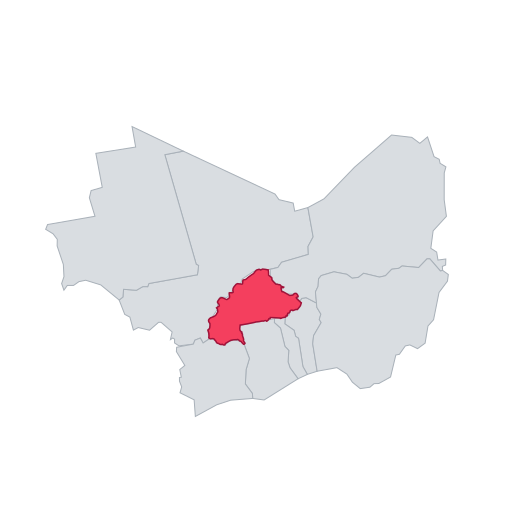 map of Burkina Faso with Mali, Mauritania, Benin and 5 others greyed out, rotated 350°
{"feature_id": "BFA", "entity_name": "Burkina Faso", "entity_type": "country or territory", "adm_level": 0, "iso_a3": "BFA", "parent_name": "Africa", "parent_adm1": "", "projection": "mercator", "projection_center": [-1.603, 12.251], "detail": "fine", "context": "with_neighbors", "style": "filled", "palette": "rose", "viewbox_px": 512, "rotation_deg": 350, "n_neighbors": 8, "source": "natural_earth", "source_scale": "50m", "svg_char_len": 6940}
<svg xmlns="http://www.w3.org/2000/svg" viewBox="0 0 512 512"><g transform="rotate(350 256 256)"><path d="M122.4,307.7L121.2,294.3L116.6,290.7L113.6,275.6L117.8,273.3L119.8,265.8L132.3,269.0L139.2,266.5L144.0,267.4L145.8,264.5L195.1,264.3L197.8,255.4L195.7,253.8L183.8,140.4L202.6,140.1L285.5,198.3L288.4,204.5L301.8,210.3L301.9,218.6L315.5,217.3L315.6,247.1L308.9,255.6L307.8,263.5L280.1,266.6L275.6,271.1L259.9,271.7L256.8,269.3L250.0,271.1L238.5,276.3L236.2,280.3L226.7,286.0L225.0,289.2L219.9,291.8L213.9,290.1L210.5,293.2L208.7,301.8L199.0,312.2L199.3,316.5L195.9,321.8L196.7,329.0L188.8,332.5L186.9,327.1L181.2,328.3L179.0,331.9L164.5,331.1L160.7,327.5L161.4,323.8L159.8,322.3L157.2,323.5L160.2,316.2L151.0,304.8L148.5,304.4L138.3,310.6L127.6,306.0L122.4,307.7Z" fill="#d9dde1" stroke="#a8b0b8" stroke-width="1"/><path d="M53.5,193.2L56.2,188.8L104.3,188.9L102.0,169.7L105.0,162.9L116.5,161.7L116.1,127.1L156.4,127.8L156.4,107.0L202.6,140.1L183.8,140.4L195.7,253.8L197.8,255.4L195.1,264.3L145.8,264.5L144.0,267.4L139.2,266.5L132.3,269.0L119.8,265.8L117.8,273.3L113.6,275.6L98.1,257.5L84.1,250.3L77.2,250.5L71.2,253.3L65.1,252.2L60.9,256.3L59.8,249.4L63.3,243.0L64.8,230.9L61.9,211.6L63.2,205.1L60.0,198.9L53.5,193.2Z" fill="#d9dde1" stroke="#a8b0b8" stroke-width="1"/><path d="M296.2,380.1L286.0,381.5L283.0,373.0L283.6,344.5L281.1,342.0L280.6,335.8L272.6,327.8L274.2,321.2L278.4,319.8L280.9,314.3L286.9,313.1L293.7,305.7L298.1,305.7L307.5,312.9L307.0,317.1L309.8,324.5L307.3,329.5L308.6,332.9L298.9,344.4L296.6,352.3L296.2,380.1Z" fill="#d9dde1" stroke="#a8b0b8" stroke-width="1"/><path d="M445.6,168.5L448.6,189.1L453.2,192.6L453.4,196.7L458.5,201.2L455.8,206.9L451.1,233.2L450.4,250.0L434.8,262.0L429.5,278.8L434.6,283.5L434.5,291.6L442.4,291.9L441.2,297.8L437.7,298.6L437.3,302.6L435.0,302.8L426.7,289.0L423.9,288.5L414.2,295.6L398.1,291.2L394.6,292.9L387.4,292.6L380.1,297.9L373.9,298.2L359.0,291.7L353.2,294.8L346.9,294.6L342.3,289.8L330.0,285.1L316.8,286.6L313.6,289.4L311.9,296.6L308.3,301.7L307.5,312.9L298.1,305.7L293.7,305.7L289.6,309.4L289.9,300.8L275.7,297.9L275.3,291.8L268.4,283.6L266.8,277.8L267.7,271.6L275.6,271.1L280.1,266.6L307.8,263.5L308.9,255.6L315.6,247.1L315.5,217.3L332.9,211.5L368.4,185.7L410.5,160.4L430.0,166.2L436.9,173.5L445.6,168.5Z" fill="#d9dde1" stroke="#a8b0b8" stroke-width="1"/><path d="M296.2,380.1L296.6,352.3L298.9,344.4L308.6,332.9L307.3,329.5L309.8,324.5L307.0,317.1L308.3,301.7L311.9,296.6L313.6,289.4L316.8,286.6L330.0,285.1L342.3,289.8L346.9,294.6L353.2,294.8L359.0,291.7L373.9,298.2L380.1,297.9L387.4,292.6L394.6,292.9L398.1,291.2L414.2,295.6L423.9,288.5L426.7,289.0L435.0,302.8L437.3,302.6L442.2,307.6L440.2,314.0L429.9,323.7L419.8,349.6L413.2,354.8L407.4,371.2L399.0,375.3L392.1,370.3L387.4,370.5L380.1,377.7L376.5,377.8L367.5,398.5L354.8,402.9L350.1,402.2L345.4,405.0L335.6,404.7L329.0,397.0L325.0,388.1L316.3,380.0L296.2,380.1Z" fill="#d9dde1" stroke="#a8b0b8" stroke-width="1"/><path d="M274.2,321.2L272.6,327.8L280.6,335.8L281.1,342.0L283.6,344.5L283.0,373.0L286.0,381.5L276.1,384.2L270.1,372.0L269.2,365.8L271.9,354.7L268.8,350.1L267.6,331.3L262.5,324.8L263.4,320.9L274.2,321.2Z" fill="#d9dde1" stroke="#a8b0b8" stroke-width="1"/><path d="M263.4,320.9L262.5,324.8L267.6,331.3L268.8,350.1L271.9,354.7L269.2,365.8L270.1,372.0L276.1,384.2L239.0,399.2L228.0,395.7L228.6,390.8L223.3,380.2L226.5,366.2L231.7,355.8L226.7,328.7L227.0,321.6L263.4,320.9Z" fill="#d9dde1" stroke="#a8b0b8" stroke-width="1"/><path d="M162.0,332.1L179.0,331.9L181.2,328.3L186.9,327.1L188.8,332.5L196.7,329.0L209.9,338.5L214.2,335.4L220.0,334.9L228.4,338.1L231.7,355.8L226.5,366.2L223.3,380.2L228.6,390.8L228.0,395.7L206.0,393.6L191.5,395.7L168.4,403.5L170.1,386.9L157.4,377.5L160.1,372.0L158.9,366.0L159.5,362.4L161.4,362.4L161.2,354.6L166.9,351.4L161.0,336.3L162.0,332.1Z" fill="#d9dde1" stroke="#a8b0b8" stroke-width="1"/><path d="M274.2,321.3L271.0,321.4L269.9,321.7L269.2,321.7L269.1,321.3L265.1,320.3L262.3,319.7L259.4,319.1L259.3,319.7L258.9,320.1L258.3,320.1L257.8,320.0L257.6,320.5L257.1,321.1L256.4,321.4L255.8,321.8L255.4,322.1L255.2,322.1L254.5,321.3L253.6,321.2L252.0,321.4L251.3,321.2L250.3,321.1L248.0,321.2L244.2,320.9L243.6,321.1L239.8,321.2L235.7,321.3L232.3,321.3L229.3,321.3L229.3,321.2L228.4,321.2L228.3,321.5L227.4,324.6L227.3,326.3L227.8,327.3L228.3,328.0L228.8,328.3L228.9,328.7L228.4,329.1L228.5,329.6L229.0,330.2L229.1,330.7L228.9,331.3L228.9,332.6L229.3,334.8L229.3,336.2L229.0,336.8L229.1,337.9L229.9,339.5L230.0,340.1L229.7,340.4L229.1,340.8L228.5,340.8L227.8,339.9L227.5,339.5L226.9,338.5L226.4,337.6L225.7,337.2L225.1,336.8L224.3,335.6L223.5,335.0L222.7,335.1L221.5,334.9L219.1,334.6L216.6,334.7L215.5,335.0L214.4,335.4L211.8,336.4L210.7,336.9L209.9,338.1L209.0,338.1L208.1,337.7L207.5,337.1L206.3,337.2L205.1,336.7L204.0,335.7L203.1,335.3L202.1,334.5L201.8,333.1L201.1,332.1L200.5,330.7L199.6,330.0L198.5,329.7L197.0,329.8L196.0,329.2L195.3,328.4L195.5,327.6L195.8,326.6L195.9,325.6L196.1,324.0L195.9,322.0L195.7,320.6L196.5,320.1L197.4,319.5L198.0,318.6L198.6,316.5L198.9,314.6L198.7,314.0L198.4,313.4L198.1,312.6L198.0,311.6L198.2,310.8L198.9,310.0L199.8,309.4L200.4,309.0L202.1,308.7L204.2,308.2L205.4,307.7L206.3,307.1L206.8,306.7L207.3,305.8L208.1,305.1L208.7,304.4L208.8,302.4L208.8,301.3L208.3,300.7L208.1,300.2L211.2,298.7L211.2,297.6L210.8,296.4L210.2,295.4L210.0,294.6L210.8,293.6L211.6,292.8L212.1,292.2L213.4,291.2L214.6,291.0L215.8,291.3L219.2,293.6L219.8,293.8L220.5,293.6L221.4,293.0L222.6,292.5L223.0,291.0L223.0,288.8L223.2,287.7L223.8,287.6L225.8,288.0L226.3,288.0L226.9,287.9L227.3,287.5L227.3,286.8L227.2,286.1L227.8,284.0L229.0,282.5L231.4,280.5L232.1,280.2L232.9,280.0L237.2,281.3L237.9,281.0L238.9,277.6L240.0,277.3L241.4,277.3L242.3,277.0L242.8,276.7L244.8,275.5L248.3,273.8L250.2,273.0L250.6,272.8L252.0,271.5L253.8,270.1L254.9,269.8L256.5,269.7L257.5,270.0L257.8,270.4L258.1,270.6L260.2,270.0L263.2,270.9L265.8,271.9L265.6,272.5L265.6,273.5L265.4,275.1L265.1,277.1L266.2,278.4L267.5,279.8L267.8,280.3L267.5,281.7L267.7,282.5L268.4,283.8L269.5,285.5L270.7,287.2L271.5,287.4L272.3,287.5L272.8,287.9L273.5,288.2L274.2,288.3L274.8,288.7L275.1,289.1L275.6,290.2L277.0,290.9L277.9,291.5L277.5,291.9L276.4,291.8L275.3,291.5L275.1,292.0L275.1,293.9L275.3,295.5L275.5,295.7L276.6,296.0L279.2,298.1L281.6,300.1L282.3,300.7L283.7,300.8L285.1,300.9L285.7,300.7L287.2,299.7L287.9,299.6L288.6,299.7L289.0,299.8L289.7,300.6L290.3,301.9L290.5,302.8L290.4,303.3L290.2,303.5L289.0,303.7L288.5,303.9L288.4,304.1L288.6,304.8L288.8,305.1L290.1,306.9L291.9,309.3L292.5,309.9L292.2,310.6L291.2,312.5L290.5,313.3L287.5,315.9L285.9,315.6L282.8,316.2L282.3,315.6L281.6,315.5L280.7,315.6L280.3,315.8L280.2,316.1L279.9,316.4L279.3,317.5L278.9,317.7L278.3,317.9L277.6,317.9L277.2,318.0L277.2,318.5L277.1,319.0L276.6,319.2L276.4,319.7L276.4,320.2L276.2,320.4L275.6,320.3L275.2,320.2L274.9,320.8L274.5,321.3L274.2,321.3Z" fill="#f43f5e" stroke="#9f1239" stroke-width="1.5"/></g></svg>